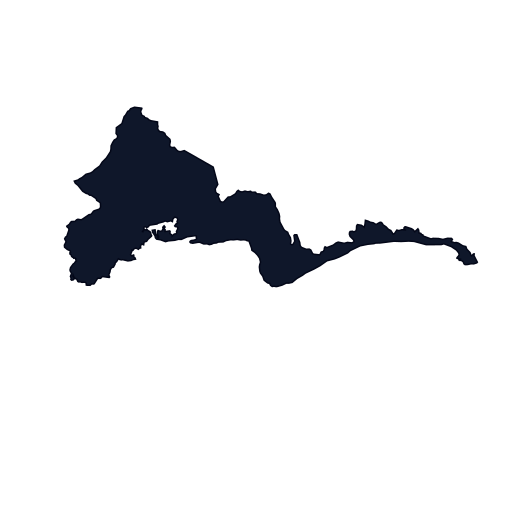 outline of Golfito, Puntarenas, Costa Rica, rotated 300°
{"feature_id": "36466004B12763689767454", "entity_name": "Golfito", "entity_type": "district", "adm_level": 2, "iso_a3": "CRI", "parent_name": "Costa Rica", "parent_adm1": "Puntarenas", "projection": "mercator", "projection_center": [-83.1, 8.423], "detail": "fine", "context": "isolated", "style": "filled", "palette": "ink", "viewbox_px": 512, "rotation_deg": 300, "n_neighbors": 0, "source": "geoboundaries", "source_scale": "gbopen_adm2", "svg_char_len": 6086}
<svg xmlns="http://www.w3.org/2000/svg" viewBox="0 0 512 512"><g transform="rotate(300 256 256)"><path d="M145.5,105.5L144.5,106.9L143.1,107.4L142.9,108.5L144.2,109.8L145.9,110.0L146.9,107.5L148.0,107.2L146.5,109.2L146.1,111.1L146.4,112.3L144.9,114.4L144.9,115.4L145.8,116.7L146.1,118.3L147.8,121.0L147.6,122.6L146.0,123.5L146.2,124.3L147.7,127.0L149.9,127.7L150.2,128.9L151.0,129.7L157.5,130.0L159.0,132.6L161.4,133.2L164.0,139.6L164.7,139.7L166.0,137.9L169.2,137.5L171.2,136.7L173.6,136.7L175.1,138.1L178.5,138.0L179.5,137.5L181.6,138.1L184.8,138.2L184.8,139.6L185.3,141.3L186.2,142.4L187.7,147.5L189.6,150.0L191.4,151.3L193.0,153.2L193.9,152.1L194.3,150.2L195.6,149.8L195.6,149.3L193.9,148.3L194.6,146.6L198.3,146.1L198.9,145.6L199.4,146.6L200.8,146.6L202.4,147.6L202.9,148.5L203.0,150.8L204.4,151.1L205.3,152.1L207.1,150.9L209.2,151.0L209.5,153.1L210.6,152.7L210.6,152.4L212.3,152.2L214.0,153.9L216.5,154.1L220.9,155.6L221.4,155.5L222.2,154.2L223.7,152.9L224.1,151.8L224.0,149.8L224.6,148.0L223.3,147.8L223.4,146.2L220.5,146.0L220.4,145.5L222.8,145.6L224.4,144.6L225.0,144.7L226.1,145.4L226.0,147.1L227.6,148.2L229.3,148.2L234.3,154.4L235.3,154.7L239.4,158.8L240.9,159.7L241.4,162.1L243.9,164.6L244.0,166.4L246.3,165.5L249.0,166.1L249.6,168.4L248.6,170.0L246.3,170.4L245.5,171.7L244.7,171.6L244.3,170.8L241.4,170.5L241.1,171.4L241.7,172.7L241.6,174.1L239.9,174.7L237.5,174.8L236.5,175.8L235.3,175.7L234.1,174.2L231.4,173.5L232.1,173.1L232.4,170.1L234.1,169.5L234.6,168.7L231.7,165.0L233.4,164.1L233.6,163.1L234.7,162.5L235.6,162.8L236.2,161.3L234.3,160.9L233.2,161.9L230.5,162.0L229.5,160.7L229.1,158.5L228.2,158.4L225.8,159.6L224.5,161.8L223.3,162.4L222.5,162.4L222.5,161.8L223.9,160.8L224.7,159.7L224.3,158.6L228.2,155.5L226.4,153.3L224.9,154.6L223.0,158.4L221.5,159.8L220.9,161.5L222.3,165.2L223.2,170.5L225.2,172.4L229.0,177.8L231.6,180.4L233.1,183.1L238.2,186.8L243.2,193.2L243.4,194.4L242.2,195.0L241.6,195.9L240.9,196.0L238.9,194.6L237.0,192.2L236.1,191.7L235.1,191.7L234.7,192.7L235.4,194.8L238.9,199.0L239.8,200.6L240.3,204.7L242.1,207.6L242.5,209.9L244.0,211.6L245.9,212.9L247.5,215.2L249.2,216.4L251.8,220.5L254.3,222.2L257.4,225.8L258.8,228.5L261.0,231.4L262.2,234.7L263.9,237.2L264.7,239.0L264.8,240.7L265.5,242.4L260.6,248.2L258.9,249.6L258.6,253.3L257.5,257.0L255.9,260.2L253.0,263.0L250.2,263.6L248.2,264.4L244.8,266.9L243.5,268.4L241.9,272.0L239.1,275.2L238.5,279.6L239.1,281.5L237.9,283.3L237.7,285.3L238.8,286.6L239.6,288.8L240.4,289.8L243.8,293.1L247.7,295.8L249.0,298.1L251.2,300.5L257.1,302.7L262.6,305.9L265.9,307.3L273.7,312.7L279.7,316.3L287.3,319.8L292.9,325.5L296.7,328.5L304.5,333.8L307.8,334.9L316.9,341.1L322.1,347.0L325.7,352.0L327.0,353.1L329.3,356.9L337.8,368.1L341.2,374.5L345.3,380.8L347.7,385.6L350.9,397.7L358.5,410.7L360.5,412.6L361.8,420.5L361.4,426.6L360.1,429.9L359.0,431.2L357.5,431.4L355.1,430.9L354.5,431.2L355.3,434.2L354.2,433.7L353.9,434.2L354.8,436.0L354.7,438.2L353.2,440.1L353.1,441.4L354.4,443.5L356.8,446.1L358.1,448.5L360.4,450.6L361.3,450.8L365.3,444.6L366.9,443.9L366.5,443.3L363.9,442.7L363.8,442.2L366.0,439.6L367.3,435.1L369.1,433.0L368.2,429.9L368.4,424.9L367.8,422.6L366.7,421.2L366.1,417.8L368.6,417.8L369.0,416.5L367.1,413.0L363.8,409.6L362.4,405.3L359.8,400.5L358.3,399.0L357.0,391.4L357.0,390.7L357.7,390.0L357.4,388.7L358.0,387.4L357.5,385.6L359.8,383.9L360.5,382.6L356.4,381.4L357.3,379.0L357.4,377.0L356.1,370.9L355.6,370.3L354.1,370.1L353.1,372.0L351.8,369.3L349.4,367.0L348.9,365.0L344.7,364.7L343.5,363.9L345.5,360.0L345.3,357.4L346.3,354.0L346.5,350.5L347.5,348.9L347.7,347.3L347.0,346.4L343.3,344.2L343.4,341.0L342.3,337.8L342.3,335.9L341.6,332.9L338.0,334.5L335.0,335.3L335.3,331.9L333.9,328.1L332.3,328.1L329.4,329.6L327.6,330.0L325.8,328.7L325.7,327.2L324.3,325.3L323.3,325.2L321.6,325.9L320.0,327.7L318.8,332.3L318.1,333.3L317.2,333.7L315.3,332.5L313.5,328.4L311.1,326.1L309.1,320.2L307.3,318.8L304.1,317.5L298.7,313.2L298.5,311.2L297.1,311.2L295.3,312.0L293.6,312.0L292.0,310.5L288.9,310.7L286.3,304.9L286.5,303.6L288.6,300.4L288.6,298.7L286.9,296.1L286.2,291.0L287.1,289.0L289.6,287.1L294.8,280.7L293.8,278.9L292.8,278.6L288.1,282.2L284.3,282.2L283.5,280.9L283.5,280.1L284.0,279.7L286.5,278.7L289.1,276.6L291.0,273.2L292.4,271.6L292.4,268.3L293.0,266.7L297.3,259.8L299.9,257.7L302.1,256.6L304.3,254.6L306.7,251.3L308.3,248.1L311.1,246.5L311.9,245.7L314.7,240.1L316.7,237.1L316.6,235.5L314.2,234.5L312.5,232.4L311.7,228.4L310.3,225.7L310.3,224.7L310.9,224.1L310.9,223.4L309.0,220.3L309.4,219.0L307.5,216.8L306.7,214.0L304.5,212.0L303.7,209.6L304.0,207.8L302.4,207.2L300.1,207.2L298.9,206.8L294.4,204.3L293.1,202.4L286.7,201.0L285.6,199.6L285.5,197.8L288.7,193.4L290.7,193.3L290.6,190.4L291.4,188.9L293.8,187.1L298.9,187.1L311.6,174.5L311.4,141.2L308.8,138.7L307.9,136.8L307.9,134.9L309.3,131.0L308.0,129.1L307.6,127.1L308.9,125.7L312.4,124.5L314.0,123.1L315.2,117.4L316.6,115.7L316.8,113.3L315.6,110.3L316.4,108.0L317.5,106.9L319.3,106.3L320.5,105.1L322.9,103.7L320.6,97.4L320.4,95.2L320.9,93.2L320.3,90.3L321.0,89.5L320.8,86.8L323.0,84.2L324.2,83.6L326.5,83.5L326.9,83.1L324.1,76.4L320.9,73.8L318.3,73.5L317.2,72.6L312.7,72.6L310.9,72.1L303.6,73.7L297.3,70.9L292.1,73.6L291.2,75.8L289.5,76.8L287.6,76.5L285.7,75.3L282.8,75.1L279.0,75.4L276.0,77.0L273.6,77.8L266.0,77.4L260.5,75.9L255.8,75.7L250.1,73.2L247.4,72.5L245.1,71.2L241.8,67.9L236.9,66.1L234.6,64.6L233.0,64.0L230.0,61.2L228.7,63.1L228.2,66.4L225.4,73.6L225.3,77.6L225.8,79.4L225.5,81.5L226.2,82.9L225.8,88.7L224.6,90.2L224.4,93.8L224.0,94.8L221.1,96.7L219.8,97.1L218.1,96.7L214.2,93.2L213.3,92.8L210.3,92.5L209.2,91.9L208.3,90.7L200.4,86.9L199.6,85.7L198.8,83.4L197.6,82.5L195.5,82.0L193.7,79.1L192.6,78.6L190.1,78.5L187.2,77.2L186.8,77.6L186.3,80.0L185.0,81.0L178.4,82.3L177.1,81.6L175.2,81.7L173.4,84.4L169.6,84.6L167.9,85.8L167.3,89.4L167.6,92.1L166.6,93.5L165.8,93.2L164.7,93.9L164.5,95.5L163.6,96.3L163.2,97.6L163.4,98.3L162.9,99.3L163.8,100.4L163.4,101.6L162.6,101.7L161.9,103.0L160.7,102.4L158.9,102.3L157.7,101.7L153.3,101.2L150.9,101.9L149.9,102.9L148.9,104.9L145.5,105.5Z" fill="#0f172a" stroke="#020617" stroke-width="1.5"/></g></svg>